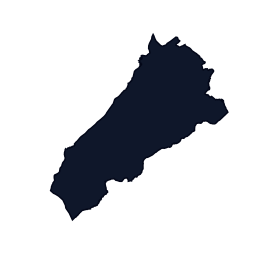 outline of Mpanda, Katavi, United Republic of Tanzania, rotated 49°
{"feature_id": "72390352B28587760392267", "entity_name": "Mpanda", "entity_type": "district", "adm_level": 2, "iso_a3": "TZA", "parent_name": "United Republic of Tanzania", "parent_adm1": "Katavi", "projection": "equal_earth", "projection_center": [30.595, -6.035], "detail": "fine", "context": "isolated", "style": "filled", "palette": "ink", "viewbox_px": 256, "rotation_deg": 49, "n_neighbors": 0, "source": "geoboundaries", "source_scale": "gbopen_adm2", "svg_char_len": 5759}
<svg xmlns="http://www.w3.org/2000/svg" viewBox="0 0 256 256"><g transform="rotate(49 128 128)"><path d="M163.1,185.6L162.1,184.9L161.0,185.2L160.1,185.0L158.8,183.9L157.4,183.3L154.8,181.8L154.2,180.2L153.4,180.2L154.0,178.7L154.3,177.1L155.2,175.2L155.5,173.9L156.7,172.5L156.9,171.7L159.3,171.5L159.7,171.3L160.3,170.7L162.7,169.3L164.2,167.6L163.5,163.9L164.7,161.6L167.2,161.7L168.4,162.7L169.6,160.4L170.3,160.0L169.5,158.6L169.5,158.1L169.8,157.7L169.6,157.3L169.7,157.1L169.5,156.9L169.5,156.0L169.1,154.8L169.4,154.4L169.9,154.3L170.7,153.5L170.1,151.7L170.9,149.1L170.3,146.6L169.4,145.6L168.8,144.4L168.7,143.6L168.2,143.1L165.7,141.0L164.7,139.8L164.2,139.6L163.0,138.5L162.2,136.7L162.1,134.7L162.2,133.4L162.9,132.5L163.2,131.7L164.1,128.0L164.3,127.1L164.3,123.6L164.7,122.3L164.6,121.8L164.7,119.8L165.1,117.9L165.1,117.2L165.3,116.0L166.3,114.5L167.0,114.1L168.0,112.0L168.6,110.3L169.3,109.3L169.8,109.2L170.0,108.8L170.2,107.9L170.1,107.1L169.1,105.1L169.7,104.1L169.5,103.7L169.9,103.0L170.3,103.1L170.3,102.7L170.7,102.5L171.0,101.8L171.3,101.8L171.7,100.9L172.0,99.5L172.1,97.7L171.7,96.5L170.9,95.1L170.9,94.5L171.1,93.8L172.1,92.9L172.4,92.3L172.2,91.8L172.2,91.0L172.6,89.5L173.1,88.8L173.2,88.2L173.0,87.3L173.3,86.7L173.1,85.6L173.3,84.0L172.9,83.2L173.1,81.6L173.6,80.1L173.6,79.5L171.7,77.8L170.5,76.4L170.2,75.8L170.0,74.7L169.7,74.1L169.5,73.4L169.6,73.0L170.7,71.2L171.9,70.2L172.3,69.5L172.2,68.3L171.9,67.0L172.3,66.3L172.9,65.8L173.2,65.0L175.0,63.5L177.3,63.1L178.7,62.6L179.8,61.6L180.4,61.3L181.8,59.7L182.0,58.0L181.7,55.5L182.1,53.5L181.6,42.3L180.0,41.8L177.8,41.6L177.2,41.1L174.4,40.5L172.0,39.3L170.1,39.3L170.0,38.7L170.3,38.3L170.0,38.1L168.4,38.3L167.8,38.7L168.7,39.3L169.4,39.2L169.4,39.6L168.8,39.7L168.4,39.5L167.5,40.0L166.4,40.1L165.5,41.7L164.5,42.5L164.2,43.4L159.0,44.2L158.8,44.6L158.7,46.1L156.9,45.9L156.3,46.0L155.8,45.8L155.1,46.3L155.1,46.8L154.8,47.0L154.4,46.7L153.8,47.3L153.1,47.5L152.3,47.2L152.1,46.6L151.7,43.9L151.7,43.0L152.3,41.3L151.6,40.8L151.5,40.3L150.7,40.3L150.6,39.8L150.2,39.9L150.2,40.2L149.7,39.5L149.4,39.4L148.8,39.4L148.6,39.0L147.6,38.2L146.7,37.9L146.2,37.1L146.4,36.6L146.3,36.4L146.1,36.5L145.6,35.3L145.1,35.4L144.6,34.9L144.8,34.1L144.7,33.5L143.5,33.0L143.1,32.0L142.9,31.1L142.2,30.7L142.2,29.6L141.6,26.9L141.3,26.2L140.7,25.8L139.2,25.8L138.6,26.2L138.1,27.2L137.5,27.7L137.4,29.3L137.1,29.6L135.4,29.3L135.1,29.8L134.3,30.5L133.9,31.6L133.7,32.8L133.5,33.1L133.1,33.1L132.3,32.9L130.5,31.9L129.2,31.4L128.9,31.1L128.7,30.4L128.7,29.7L129.4,27.8L129.2,27.0L128.7,26.6L127.1,27.4L124.2,27.0L123.0,27.2L122.3,27.7L121.8,27.7L121.1,27.0L119.5,27.1L118.1,27.6L116.9,27.5L116.0,27.9L111.8,29.0L109.9,28.9L108.0,29.1L105.6,30.1L103.3,30.8L102.5,30.3L102.2,31.2L102.0,32.8L101.4,34.1L101.1,35.8L100.9,36.1L99.0,36.6L97.1,37.5L96.6,37.1L96.1,36.1L96.5,34.6L96.3,31.9L96.0,31.7L94.5,32.3L92.4,31.4L92.0,31.4L90.9,32.2L90.5,39.3L89.9,43.0L90.3,44.1L90.3,44.6L90.1,45.4L88.8,48.6L87.0,49.3L80.8,49.8L78.1,49.1L75.2,48.0L73.9,47.7L74.9,50.0L76.5,51.8L78.3,56.2L79.6,58.4L81.6,60.3L83.2,60.7L85.1,61.8L85.8,62.4L85.5,65.2L85.8,65.8L85.5,67.0L85.2,67.4L84.4,68.0L84.1,68.5L83.3,68.9L82.4,69.8L82.3,70.8L82.5,70.9L82.9,70.6L83.3,71.3L83.7,71.1L84.0,71.2L84.1,71.4L83.8,71.8L83.8,72.2L83.2,72.6L83.1,73.2L83.3,73.4L83.9,73.2L84.5,72.1L84.7,71.9L84.9,72.1L85.0,72.6L84.3,74.4L84.3,75.7L85.0,75.5L85.6,75.6L85.8,76.3L86.1,76.1L86.9,76.3L87.3,76.7L87.7,75.7L88.5,75.8L88.5,76.4L88.6,76.6L88.3,76.6L88.3,76.8L88.5,76.8L88.9,76.3L89.1,76.4L89.1,76.7L88.5,77.6L88.6,77.8L89.0,77.7L89.5,78.2L89.3,78.9L89.8,80.5L89.6,81.2L89.8,81.9L89.6,82.1L89.3,83.5L89.5,85.9L92.8,90.4L93.2,91.2L93.1,92.2L94.4,93.7L94.6,94.2L94.5,95.2L94.9,97.0L94.4,98.6L95.5,99.2L95.6,99.7L96.3,100.6L96.4,101.1L96.9,101.3L97.2,101.9L97.1,103.1L97.3,103.3L97.5,103.9L97.8,104.2L97.8,105.2L97.3,106.1L97.3,107.2L97.5,108.2L97.5,109.3L97.8,110.7L98.2,113.6L98.1,116.0L97.8,117.0L97.6,118.3L97.8,119.4L100.2,123.4L100.2,124.5L100.4,124.9L101.4,129.1L102.6,133.9L103.3,135.7L103.7,138.5L103.7,143.5L103.5,147.3L103.9,150.1L103.9,156.1L103.6,158.8L104.2,163.8L103.8,168.9L103.9,170.6L104.6,174.8L104.6,176.7L105.0,178.9L105.7,179.0L105.9,179.2L105.9,179.9L106.1,180.0L106.2,180.5L105.5,181.9L105.7,182.1L105.7,182.5L105.3,182.7L105.5,183.3L104.6,184.3L104.8,184.4L104.6,184.8L104.9,185.2L104.7,185.4L104.7,185.8L104.0,185.9L103.7,186.4L103.9,187.5L103.8,188.1L103.4,188.7L102.8,188.7L103.0,189.4L103.7,190.1L104.9,192.0L105.6,192.5L105.9,193.1L108.2,194.4L109.2,194.7L109.4,195.1L110.6,196.1L110.6,196.9L111.2,197.9L111.2,199.0L111.5,199.7L111.5,200.2L112.0,200.8L112.2,201.2L112.2,201.4L113.2,202.7L113.6,204.0L113.8,205.6L116.1,208.3L116.4,209.2L116.3,211.0L115.5,213.8L116.0,213.8L115.8,214.1L115.9,214.5L115.7,214.4L115.7,215.0L117.3,216.4L119.5,217.7L119.9,219.0L120.0,219.2L120.2,220.5L121.0,221.6L121.1,222.3L122.2,224.3L123.1,225.2L124.5,227.5L128.4,227.0L130.1,226.2L133.9,225.0L139.6,224.3L145.3,225.9L147.5,227.3L148.3,227.5L153.7,228.1L160.9,230.2L160.7,227.1L160.7,226.7L161.0,225.6L160.8,224.7L160.8,222.8L160.5,221.8L160.5,220.8L160.3,220.3L160.3,218.2L160.1,216.9L161.1,214.7L162.2,212.6L162.6,212.3L162.6,211.9L163.0,211.4L163.2,210.8L164.3,209.6L164.4,209.3L163.8,208.7L163.7,208.1L163.9,207.6L164.7,206.1L164.3,205.6L164.6,204.2L164.8,203.9L165.2,204.2L165.5,203.6L165.6,202.9L166.0,202.1L166.0,201.8L165.3,200.4L165.4,199.7L165.0,199.6L165.0,199.1L164.8,198.9L164.9,198.3L164.5,197.9L164.4,197.3L164.2,197.3L164.0,197.6L163.8,197.4L163.8,196.7L164.2,196.0L164.3,195.5L164.1,195.4L164.0,194.7L163.5,194.6L163.4,194.1L163.2,193.9L163.0,193.3L163.5,191.9L163.1,191.2L162.9,190.2L163.0,188.8L163.5,187.9L163.1,187.1L163.0,186.2L163.1,185.6Z" fill="#0f172a" stroke="#020617" stroke-width="1.5"/></g></svg>